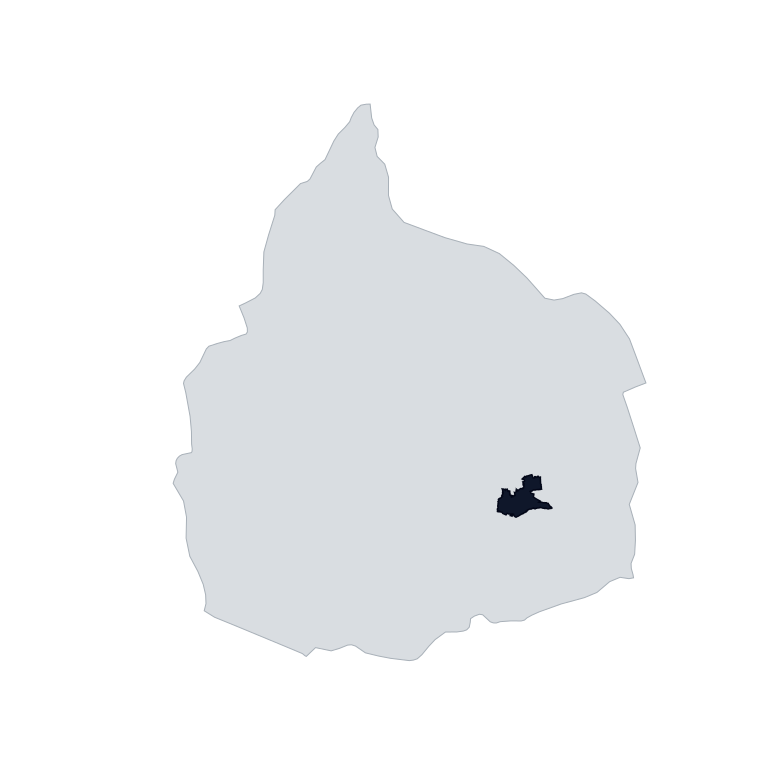 Goromonzi, Mashonaland East, Zimbabwe (highlighted), rotated 70°
{"feature_id": "62879985B13905566839040", "entity_name": "Goromonzi", "entity_type": "district", "adm_level": 2, "iso_a3": "ZWE", "parent_name": "Zimbabwe", "parent_adm1": "Mashonaland East", "projection": "albers", "projection_center": [31.401, -17.8], "detail": "fine", "context": "in_parent", "style": "filled", "palette": "ink", "viewbox_px": 768, "rotation_deg": 70, "n_neighbors": 0, "source": "geoboundaries", "source_scale": "gbopen_adm2", "svg_char_len": 7552}
<svg xmlns="http://www.w3.org/2000/svg" viewBox="0 0 768 768"><g transform="rotate(70 384 384)"><path d="M535.6,630.5L529.5,626.4L521.1,623.7L510.4,622.4L496.5,623.0L479.5,625.4L461.2,622.7L441.6,615.1L425.4,612.4L406.0,616.0L405.2,616.1L401.8,613.5L396.4,607.9L387.6,607.0L385.1,605.7L383.1,603.6L381.8,600.9L381.3,597.9L382.6,588.5L381.8,587.5L379.4,586.4L374.5,585.3L362.8,581.2L348.1,577.3L324.2,573.2L314.9,572.2L312.7,570.8L310.0,567.4L305.2,556.8L300.8,549.7L290.3,539.0L288.6,535.6L288.9,526.9L289.5,519.8L290.5,513.8L289.9,508.2L289.6,501.3L289.9,496.6L288.4,494.6L284.6,493.3L274.0,492.9L261.1,493.4L260.5,486.4L259.1,475.5L256.5,469.3L253.5,466.0L247.4,462.8L235.3,458.4L218.8,451.7L204.5,441.5L188.1,428.9L183.0,426.7L176.7,414.6L167.1,393.9L167.4,386.8L166.0,383.4L156.9,373.4L154.8,368.1L153.0,362.7L138.5,348.0L133.5,341.5L129.6,333.1L125.8,326.5L122.6,323.8L118.5,319.3L115.5,314.2L114.1,310.3L115.0,305.0L116.2,301.3L129.8,304.6L137.1,304.7L142.8,302.7L149.9,305.0L158.6,311.6L167.8,312.6L177.7,308.1L191.2,309.0L208.3,315.3L222.4,316.4L239.0,309.9L253.6,292.8L267.3,276.7L280.8,258.1L288.8,243.2L300.9,231.0L316.9,221.5L333.3,213.4L358.4,203.5L363.3,195.5L364.9,186.9L364.7,174.9L365.9,167.2L368.5,163.6L372.7,160.8L378.1,157.2L394.7,147.9L408.6,141.9L425.6,137.9L444.3,137.7L462.3,137.6L472.6,137.5L472.8,149.0L473.6,161.9L475.6,163.2L489.1,163.4L510.8,164.2L531.7,165.1L545.0,174.5L549.5,176.5L563.4,179.0L581.0,194.7L602.3,196.2L616.9,201.2L629.7,206.7L637.1,213.2L641.9,214.7L648.3,215.2L651.5,215.8L650.7,220.4L646.4,228.3L646.9,239.5L652.7,255.2L653.3,268.8L651.3,292.7L651.2,315.9L651.8,324.2L652.7,329.7L653.9,332.7L653.6,336.1L650.0,345.8L647.1,356.0L647.0,360.1L645.9,363.0L643.8,365.5L634.6,370.2L633.0,373.1L633.0,378.4L634.1,382.9L637.5,384.5L641.7,387.1L643.3,390.4L643.3,393.9L641.9,400.4L638.1,411.1L641.7,423.5L645.8,431.6L651.3,440.9L653.6,446.7L653.5,450.8L652.6,454.8L644.0,471.7L637.8,482.1L630.3,493.4L620.5,500.4L617.9,503.8L616.9,507.6L617.2,516.1L616.7,524.9L608.3,538.5L613.4,550.2L612.2,551.3L609.4,552.9L597.3,566.0L585.1,579.3L576.2,589.0L566.1,600.0L554.8,612.4L545.2,623.0L535.6,630.5Z" fill="#d9dde1" stroke="#a8b0b8" stroke-width="1"/><path d="M525.0,268.9L525.0,269.0L525.3,269.1L525.5,269.3L525.1,269.7L524.9,270.1L524.7,270.3L524.4,270.4L524.1,270.4L524.0,270.6L523.6,270.7L523.7,270.9L523.5,271.0L523.4,271.2L523.7,271.3L523.6,271.6L524.0,271.7L524.0,272.1L524.1,272.3L523.5,273.0L522.9,273.3L522.9,273.5L523.1,273.7L523.2,273.8L522.9,274.1L523.4,274.2L523.8,274.7L523.7,274.9L523.4,275.5L523.3,276.0L519.8,276.1L519.6,277.8L519.6,278.4L519.6,279.6L519.5,280.6L519.4,281.1L519.4,281.4L519.0,281.1L520.1,282.7L519.0,283.2L520.5,286.6L520.9,286.1L521.2,286.1L521.3,285.5L521.5,285.0L522.4,285.0L523.4,285.1L523.5,285.3L523.5,285.8L523.6,286.1L523.5,287.0L523.9,286.9L525.0,286.9L525.1,287.2L525.0,287.3L525.7,287.5L525.7,287.2L525.5,286.9L525.4,286.7L525.6,286.5L525.8,286.6L525.9,287.0L526.4,287.2L526.4,287.5L526.1,287.6L526.3,287.8L526.5,287.8L526.8,287.2L527.4,287.5L528.0,287.2L528.5,287.9L529.1,288.8L529.1,288.7L529.3,288.4L529.5,288.4L530.0,289.4L529.4,289.7L529.4,290.6L529.0,291.1L529.0,291.3L529.4,293.0L529.6,293.5L530.1,294.3L528.7,295.2L529.0,295.2L530.0,295.7L529.8,295.9L529.5,296.2L530.3,296.2L530.3,296.3L530.5,297.0L530.7,297.7L530.8,298.4L530.7,298.5L533.2,298.8L533.1,299.3L533.6,299.4L533.4,300.8L532.9,301.5L533.7,301.7L533.4,302.0L534.0,302.8L533.7,303.0L532.9,302.1L532.9,301.9L532.3,302.1L532.0,302.9L532.2,303.0L532.0,303.3L531.5,303.6L531.0,303.8L530.7,303.7L530.8,303.3L530.1,303.1L530.0,303.3L528.7,302.8L528.7,303.1L527.5,302.6L527.4,303.3L527.3,303.6L526.8,303.7L526.7,303.8L526.9,304.2L524.9,304.2L524.9,305.5L525.0,305.7L524.7,305.8L525.3,306.4L524.3,306.7L524.1,307.0L523.8,307.4L523.5,307.8L523.4,308.1L523.2,308.4L523.2,308.5L523.5,308.7L523.4,308.8L523.7,308.8L523.9,308.9L524.3,308.8L525.2,309.1L525.8,309.1L526.0,309.2L526.3,309.1L526.3,309.4L526.3,309.6L526.5,309.7L526.9,309.9L527.4,309.7L527.4,309.8L527.5,309.8L527.8,310.0L528.0,309.9L528.1,310.0L528.2,310.3L528.3,310.3L528.4,310.6L528.7,310.6L529.1,310.9L529.1,311.0L529.1,311.3L529.8,311.1L529.8,311.3L529.9,311.7L530.1,311.8L530.4,312.1L530.5,312.3L530.7,312.2L530.8,312.5L530.8,312.9L531.0,313.2L531.1,313.3L531.3,313.5L531.1,314.0L531.2,314.3L531.0,314.6L531.2,314.9L531.2,315.4L531.6,316.0L532.1,316.0L532.5,316.1L533.0,316.5L533.4,316.7L533.5,317.0L533.7,316.9L534.2,316.9L534.9,317.6L535.2,317.4L535.4,317.5L535.5,317.3L536.3,317.9L536.5,318.3L536.7,318.5L537.0,318.5L537.6,318.7L538.1,319.0L538.5,318.9L538.9,319.1L539.2,319.0L539.7,319.4L539.9,319.9L540.2,320.2L540.7,320.4L540.9,320.4L541.2,320.3L541.5,320.4L542.0,320.8L542.4,321.0L542.7,321.0L543.1,320.3L542.1,319.7L543.2,318.7L543.7,319.0L544.8,317.0L546.2,316.7L548.7,314.1L547.6,312.5L548.9,311.1L549.4,309.3L550.8,310.4L551.0,310.1L551.0,309.6L551.3,309.5L551.5,309.4L551.7,309.1L551.9,309.0L552.0,308.9L551.6,308.5L550.4,308.3L550.1,307.6L550.3,307.5L550.3,307.4L550.5,307.3L550.5,307.0L550.6,306.9L550.8,307.1L550.9,306.9L551.0,306.9L551.1,307.0L551.7,307.0L552.0,306.9L552.4,306.9L553.0,306.4L553.3,306.4L553.5,306.3L553.8,305.9L554.3,305.5L554.1,304.1L554.1,303.4L554.1,303.0L554.0,302.7L553.9,302.2L553.8,301.6L553.6,301.1L553.6,300.3L553.3,299.8L553.3,299.1L553.4,298.9L553.2,298.3L553.3,298.1L553.4,297.8L553.2,297.3L553.0,297.2L552.9,296.8L552.8,296.6L553.0,296.2L552.9,296.0L553.0,295.6L552.7,295.1L552.8,294.5L552.7,294.5L552.4,294.4L552.3,294.2L552.2,294.2L552.3,293.9L552.5,293.6L552.4,293.2L552.2,293.2L551.9,292.7L551.7,292.7L551.4,292.2L551.6,291.7L551.6,291.4L551.5,291.2L551.5,290.9L551.4,290.7L551.3,290.3L551.4,289.6L551.7,289.0L551.9,288.5L551.8,288.0L551.7,287.8L551.8,287.6L551.6,287.4L551.7,286.6L552.0,286.0L551.9,285.8L552.2,285.8L552.5,285.1L553.0,284.8L552.9,284.5L552.9,284.2L552.9,283.9L552.8,283.7L553.0,283.0L553.0,282.5L552.9,282.1L553.3,281.3L553.5,280.5L553.5,280.1L553.3,279.9L553.6,279.5L553.4,279.2L555.0,277.2L555.1,276.8L555.3,276.6L555.5,276.0L556.1,275.4L555.7,275.0L555.7,274.9L556.0,274.3L556.7,273.7L556.9,273.3L557.3,272.9L557.4,272.7L557.6,272.2L557.5,271.9L557.6,271.7L557.7,271.4L557.6,271.0L557.6,270.8L557.5,270.6L558.0,270.0L558.1,269.8L558.1,269.5L557.9,269.4L558.0,269.1L557.9,268.9L557.9,268.6L557.5,268.7L557.5,269.0L557.3,269.0L556.9,269.4L556.6,269.4L556.4,269.5L556.3,269.3L556.2,269.4L556.1,269.5L556.1,269.8L555.7,270.0L555.3,270.0L555.2,269.9L554.6,270.0L554.6,270.3L553.8,270.4L553.3,270.5L553.1,270.5L552.4,270.5L552.1,270.8L552.0,271.5L551.6,271.9L551.1,272.1L551.1,272.4L550.9,272.6L550.7,273.3L550.5,273.5L550.6,273.8L550.6,274.2L550.2,274.5L550.1,274.9L549.7,275.3L549.5,275.6L549.2,276.1L549.0,276.3L549.0,276.5L548.8,276.6L548.7,276.8L548.3,277.2L548.4,277.4L548.3,277.7L548.4,278.0L548.5,278.0L548.3,278.4L548.1,278.6L548.0,278.9L547.3,277.4L544.6,279.8L541.4,282.3L538.7,280.8L536.8,283.4L535.6,283.2L534.9,283.4L534.9,282.8L535.1,282.4L535.0,282.1L535.2,281.8L535.2,281.5L534.9,280.9L534.8,280.2L534.6,279.6L535.0,278.8L535.0,278.7L535.0,278.4L535.1,278.2L535.3,278.2L535.2,277.9L535.3,277.7L535.4,277.0L535.4,276.9L535.6,276.5L535.6,276.4L535.7,275.9L535.7,275.7L535.9,275.5L535.9,275.2L536.1,275.0L536.1,274.5L536.3,274.4L536.2,274.1L536.3,273.8L536.4,273.6L536.3,273.4L536.6,273.1L536.6,272.4L536.7,271.9L535.7,271.8L534.5,271.3L534.1,271.4L533.6,271.1L533.0,271.2L532.6,271.0L532.4,270.8L532.0,270.7L531.2,271.0L529.6,270.4L529.2,270.3L528.5,270.1L527.4,269.7L526.1,269.4L525.9,269.2L525.0,268.9Z" fill="#0f172a" stroke="#020617" stroke-width="1.5"/></g></svg>